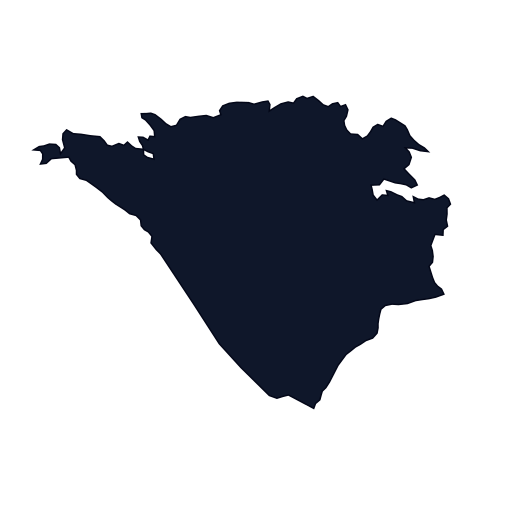 Timbé do Sul, Santa Catarina, Brazil, rotated 80°
{"feature_id": "56859067B25320929028049", "entity_name": "Timbé do Sul", "entity_type": "district", "adm_level": 2, "iso_a3": "BRA", "parent_name": "Brazil", "parent_adm1": "Santa Catarina", "projection": "natural_earth1", "projection_center": [-49.896, -28.823], "detail": "fine", "context": "isolated", "style": "filled", "palette": "ink", "viewbox_px": 512, "rotation_deg": 80, "n_neighbors": 0, "source": "geoboundaries", "source_scale": "gbopen_adm2", "svg_char_len": 2908}
<svg xmlns="http://www.w3.org/2000/svg" viewBox="0 0 512 512"><g transform="rotate(80 256 256)"><path d="M237.4,349.6L292.7,325.6L336.0,307.4L340.9,304.3L363.2,290.2L395.7,267.1L399.7,260.1L398.9,253.8L398.5,248.2L401.9,243.8L416.1,225.6L411.6,223.0L408.7,218.1L404.4,216.1L400.6,214.2L397.8,210.1L392.8,205.5L377.9,194.2L368.6,184.4L365.6,178.7L362.9,173.9L361.0,168.4L358.4,162.6L357.1,155.4L353.0,150.2L348.0,148.3L343.8,147.6L339.2,146.1L334.4,144.2L330.1,142.2L327.2,137.3L327.0,130.4L328.5,124.2L329.1,115.2L327.6,106.6L327.7,100.5L328.0,93.1L327.7,86.1L326.2,77.6L320.8,79.1L317.2,82.5L313.2,84.8L307.9,85.9L301.8,86.7L296.2,87.4L292.8,83.3L287.3,81.7L281.2,81.4L276.1,82.1L270.5,78.8L265.8,76.0L268.0,68.3L262.5,67.1L259.9,62.2L253.6,62.4L247.9,60.6L241.7,59.6L238.7,55.5L233.1,56.5L228.7,60.1L230.2,64.7L231.3,70.1L228.8,75.5L229.7,81.4L228.1,86.6L224.9,90.8L231.1,90.7L227.8,98.2L222.8,102.1L220.2,106.6L216.2,112.0L214.3,116.2L219.3,115.6L217.8,121.1L222.0,127.1L216.3,130.1L210.7,130.1L206.2,130.4L207.3,122.1L202.4,116.7L205.2,111.5L208.1,106.2L209.8,101.0L212.0,95.6L215.8,91.2L214.1,84.9L208.7,86.4L201.8,91.2L195.8,95.1L192.5,89.5L185.8,85.9L180.1,87.1L175.4,90.2L176.9,83.3L180.8,76.0L183.1,68.3L178.8,71.4L174.6,76.3L169.5,80.4L164.3,83.6L157.9,85.1L153.7,86.7L149.8,91.0L146.1,95.1L143.8,98.9L146.0,104.4L150.4,108.4L147.6,113.3L149.5,118.3L153.6,121.7L157.2,125.5L159.1,130.9L154.0,134.8L152.3,141.7L147.6,144.8L142.8,146.1L137.9,146.0L134.1,142.7L128.0,140.1L122.6,141.6L123.5,146.8L119.2,148.9L119.4,154.3L121.5,158.9L118.8,163.6L114.1,167.2L108.8,172.0L109.7,178.4L106.9,182.1L108.2,188.6L112.0,192.5L109.9,197.6L110.5,205.0L113.1,212.0L115.6,217.8L109.3,216.0L105.5,217.3L105.4,223.1L106.2,231.6L103.7,236.6L102.4,242.8L101.3,248.5L101.0,255.9L102.4,262.7L106.5,266.6L110.8,266.0L112.4,274.0L109.0,280.6L108.5,288.1L108.2,296.6L106.5,301.3L108.2,307.0L113.5,311.6L113.9,317.4L110.1,321.8L104.8,325.8L99.3,330.9L97.1,334.8L96.7,339.6L95.9,344.3L100.0,344.3L102.9,341.1L108.5,337.6L114.8,334.5L120.9,335.0L119.6,339.6L123.1,342.2L119.5,346.6L118.4,351.2L123.0,350.6L127.5,348.6L131.4,348.3L129.2,356.0L126.0,359.4L121.5,362.8L124.1,366.9L121.4,371.5L123.0,378.8L121.0,383.3L116.2,385.6L111.4,389.0L108.9,398.1L105.8,407.1L103.8,414.8L98.9,420.6L102.1,424.8L107.8,426.3L116.3,425.6L121.4,430.8L115.3,430.8L111.4,433.8L109.9,440.0L110.8,445.7L110.6,450.5L112.9,456.5L114.6,450.0L118.4,448.3L123.7,449.3L128.0,452.3L128.3,446.5L124.6,440.6L126.1,423.2L130.5,421.7L134.7,418.3L140.5,417.9L144.4,418.6L149.1,416.0L152.0,409.9L155.8,406.1L160.6,401.4L166.5,396.0L172.7,391.8L176.5,388.7L180.7,384.9L183.9,381.3L187.7,377.2L192.4,373.1L195.3,367.0L200.5,363.4L206.3,363.8L210.7,361.3L213.6,357.8L218.6,355.0L224.9,357.1L232.5,353.0L237.4,349.6ZM131.4,348.3L134.5,344.3L137.3,339.4L143.0,339.6L140.0,346.0L136.8,349.1L131.4,348.3Z" fill="#0f172a" stroke="#020617" stroke-width="1.5"/></g></svg>